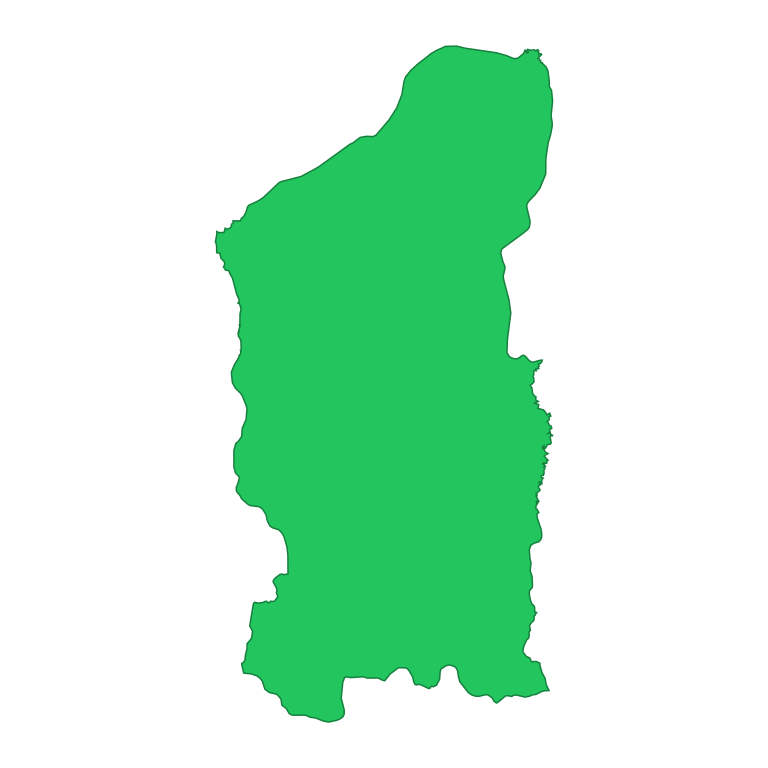 outline of Buachet, Surin, Thailand
{"feature_id": "78962969B96676572304128", "entity_name": "Buachet", "entity_type": "district", "adm_level": 2, "iso_a3": "THA", "parent_name": "Thailand", "parent_adm1": "Surin", "projection": "robinson", "projection_center": [103.998, 14.484], "detail": "fine", "context": "isolated", "style": "filled", "palette": "green", "viewbox_px": 768, "rotation_deg": 0, "n_neighbors": 0, "source": "geoboundaries", "source_scale": "gbopen_adm2", "svg_char_len": 6082}
<svg xmlns="http://www.w3.org/2000/svg" viewBox="0 0 768 768"><path d="M537.3,49.7L536.1,51.0L534.3,49.8L530.9,50.3L527.5,49.4L527.0,50.8L528.0,51.5L528.4,52.6L527.2,53.1L526.6,52.8L525.6,50.3L525.0,50.1L523.7,53.4L517.9,58.2L514.1,58.7L506.4,55.6L496.7,52.8L465.2,48.2L456.4,46.1L445.4,46.4L436.8,50.3L431.4,53.4L417.7,64.1L410.6,70.6L405.6,76.9L404.0,81.5L401.9,94.5L396.8,107.8L389.0,119.9L376.1,135.1L373.0,136.6L366.4,136.3L360.2,137.4L353.0,142.9L350.0,144.2L319.2,166.5L315.3,168.8L301.0,176.5L281.2,181.6L279.2,182.5L263.1,197.7L258.7,200.6L248.8,205.3L247.6,206.8L246.0,212.2L243.6,216.6L241.5,218.2L240.4,220.9L232.9,220.9L233.5,222.5L231.6,224.1L230.9,227.5L227.6,229.1L225.2,228.2L224.0,232.5L218.8,232.6L216.8,231.5L216.8,234.2L215.4,242.1L216.1,243.2L216.6,246.4L216.7,252.7L219.9,253.4L221.0,258.3L224.6,262.1L224.5,265.3L223.4,266.9L225.7,270.2L228.8,270.6L229.8,273.5L232.5,278.2L236.6,293.9L239.3,300.2L238.8,302.4L238.3,302.4L238.0,303.1L238.7,303.5L239.4,303.1L240.4,306.7L240.8,307.1L240.6,307.9L241.1,308.7L240.0,314.0L239.9,323.5L239.5,324.6L240.2,324.9L240.1,325.6L239.5,325.7L239.8,326.5L238.7,330.7L239.2,331.6L238.9,332.2L238.4,332.0L238.1,333.5L238.4,336.3L240.1,338.6L240.1,339.4L240.9,340.0L241.2,349.6L240.4,350.2L240.8,351.2L240.6,353.8L240.0,354.8L239.3,354.9L239.3,356.1L238.4,358.1L234.4,364.8L231.9,370.7L231.4,373.0L232.4,382.7L235.5,388.3L240.5,393.2L242.3,395.9L246.2,405.5L247.0,408.7L246.1,419.4L242.3,428.1L241.6,436.7L238.2,441.4L235.9,443.4L233.9,450.1L233.9,467.0L235.4,472.8L239.0,476.7L239.3,478.2L237.7,484.0L236.3,487.3L236.3,490.5L237.2,492.4L240.0,495.5L241.5,498.7L247.9,504.3L250.4,505.6L259.1,506.7L262.7,509.2L266.1,514.9L267.2,520.5L269.9,526.0L272.8,527.9L278.8,529.8L282.2,533.3L284.0,536.7L286.9,546.6L287.9,555.0L288.0,573.9L283.6,574.7L282.2,574.1L280.2,574.3L275.0,578.2L273.2,580.6L273.3,582.1L276.8,588.7L276.9,591.0L276.3,592.8L277.7,596.0L277.5,597.2L274.6,601.0L273.5,601.5L270.5,601.2L269.2,602.8L268.0,602.6L266.7,601.3L265.1,601.4L262.8,602.5L258.5,603.1L254.6,602.3L253.4,603.7L249.7,625.9L252.5,631.0L251.8,637.1L251.1,638.9L247.1,643.7L247.1,648.3L245.5,655.0L244.9,660.0L243.9,661.9L241.9,663.3L241.7,664.5L243.7,673.1L251.4,673.9L256.9,675.9L260.0,678.2L262.3,681.1L264.9,689.2L269.3,692.5L276.1,694.1L277.7,695.1L281.0,699.2L281.9,705.3L286.2,708.4L289.1,713.4L290.9,714.6L292.7,715.2L305.3,715.1L310.3,717.3L315.7,718.0L322.9,720.9L327.5,721.9L329.6,721.9L336.4,720.4L339.6,719.2L342.8,716.9L344.2,714.0L344.2,709.8L341.2,698.1L342.8,682.3L344.5,677.8L346.3,676.9L350.9,677.6L363.0,676.8L367.4,678.1L378.0,678.0L382.7,680.3L384.8,680.7L390.2,673.9L398.1,668.0L399.4,667.7L405.6,667.9L407.4,668.7L408.9,670.4L412.6,676.9L414.0,682.6L415.0,684.3L416.2,684.9L418.6,684.4L420.3,684.6L428.9,688.6L430.0,688.2L431.1,686.3L433.3,686.7L436.5,685.2L439.6,679.3L440.1,672.2L440.9,669.1L445.5,666.0L448.3,665.0L451.4,665.4L454.3,666.5L456.1,667.9L457.5,670.6L458.4,676.4L459.8,681.7L468.3,692.6L471.8,695.0L475.2,696.1L478.6,696.4L485.3,694.8L488.0,694.9L492.3,698.0L494.1,701.5L496.5,703.0L497.9,702.3L505.6,695.9L507.5,695.7L511.9,696.5L513.4,695.2L516.7,695.1L525.1,697.1L529.6,696.2L532.0,695.0L536.1,694.4L541.7,691.5L544.5,690.8L549.0,690.5L546.2,684.5L545.0,678.2L541.9,672.4L540.1,666.0L539.8,663.1L536.3,661.5L531.3,661.6L530.0,658.1L526.3,656.4L523.2,652.3L523.0,651.4L523.3,648.0L524.6,644.3L526.7,639.9L528.6,638.2L529.2,635.3L529.0,631.7L530.4,630.5L529.5,625.4L532.3,621.7L533.7,620.8L534.2,618.4L533.9,616.7L535.3,614.9L535.9,612.8L536.6,612.8L536.3,612.3L534.7,611.8L534.6,607.1L533.9,605.6L531.8,603.9L530.3,599.5L529.3,594.5L529.5,590.6L531.9,588.1L532.5,585.9L532.1,576.5L530.2,570.9L531.0,562.7L529.9,558.3L529.3,549.7L530.9,545.2L534.1,543.2L538.8,541.8L540.7,539.6L541.6,537.6L541.8,534.2L541.0,529.0L537.6,519.1L536.9,515.8L537.1,513.8L538.8,512.6L537.5,510.0L535.8,508.3L536.1,505.5L538.0,502.7L537.7,502.0L536.6,502.8L536.3,501.8L537.8,500.6L537.8,501.6L538.8,501.3L536.3,496.9L536.2,495.9L536.9,496.2L537.2,494.5L536.1,493.5L540.0,490.4L540.0,489.6L538.6,487.7L538.5,485.7L540.7,484.8L541.0,483.9L539.1,483.2L539.0,482.3L539.7,481.8L541.9,483.2L541.6,481.8L542.2,479.1L543.2,478.2L541.2,477.4L541.4,475.7L542.5,475.0L543.3,475.4L544.1,473.3L543.8,470.6L544.9,468.4L543.8,467.3L545.5,466.4L544.3,465.3L544.5,464.3L542.9,464.2L542.8,463.3L543.4,462.9L546.6,463.3L546.9,462.6L546.6,460.9L548.0,460.3L544.3,456.2L545.0,455.2L548.0,453.6L545.0,451.8L544.1,449.1L543.0,448.9L542.5,447.3L543.0,446.4L544.0,445.8L544.2,448.0L545.5,448.2L547.3,444.7L550.3,444.1L551.2,442.9L550.1,436.9L550.6,435.7L552.2,435.9L552.6,435.3L550.6,434.1L550.3,433.2L548.3,433.4L550.2,432.0L549.5,429.7L550.3,428.8L551.6,428.7L551.7,427.8L551.1,426.1L549.4,425.4L548.5,423.2L547.1,421.8L549.2,419.9L549.0,416.6L550.8,416.1L549.7,413.2L546.6,414.8L545.9,412.7L543.6,410.0L537.8,408.3L538.8,404.9L538.1,404.3L535.7,403.9L534.7,402.8L535.9,402.8L538.3,401.4L535.7,400.1L536.0,397.0L534.1,395.6L532.6,393.2L531.9,387.8L530.4,385.6L530.5,384.8L532.2,383.9L534.1,381.7L533.7,380.2L533.9,378.8L533.0,376.4L533.8,374.5L533.9,371.2L534.6,370.4L536.2,370.8L535.7,369.2L536.0,368.7L537.8,369.0L538.7,368.5L537.8,367.4L539.2,366.3L538.3,363.7L540.2,363.7L541.8,361.9L542.2,360.1L539.8,360.3L533.1,362.2L531.5,362.0L529.1,360.6L525.4,356.2L523.5,355.2L522.1,355.5L519.5,357.6L516.9,358.8L514.2,358.8L510.3,357.3L509.0,356.1L506.9,352.5L507.5,338.7L510.8,313.1L508.9,299.4L503.7,279.8L503.2,276.0L504.8,269.5L505.0,266.8L502.7,261.0L501.0,254.3L500.9,252.1L501.7,249.2L502.8,248.2L523.7,232.8L527.7,229.5L529.3,227.3L530.1,222.7L529.9,220.3L527.1,208.7L526.7,205.9L527.0,204.1L528.5,201.5L535.0,194.8L539.9,188.2L545.7,174.1L545.9,158.5L546.4,154.8L548.2,142.8L550.6,134.7L552.2,126.4L552.2,122.7L551.1,115.6L552.6,101.1L551.5,90.2L549.3,86.6L549.2,80.7L548.0,71.0L546.3,67.2L542.4,63.4L542.3,62.7L541.0,62.8L540.4,61.1L540.7,60.4L539.6,60.2L539.2,58.9L537.8,58.4L541.3,54.9L541.5,54.2L541.2,53.8L539.5,53.8L538.9,54.4L538.9,53.1L538.1,52.2L538.8,51.0L538.1,49.9L537.3,49.7Z" fill="#22c55e" stroke="#15803d" stroke-width="1.5"/></svg>